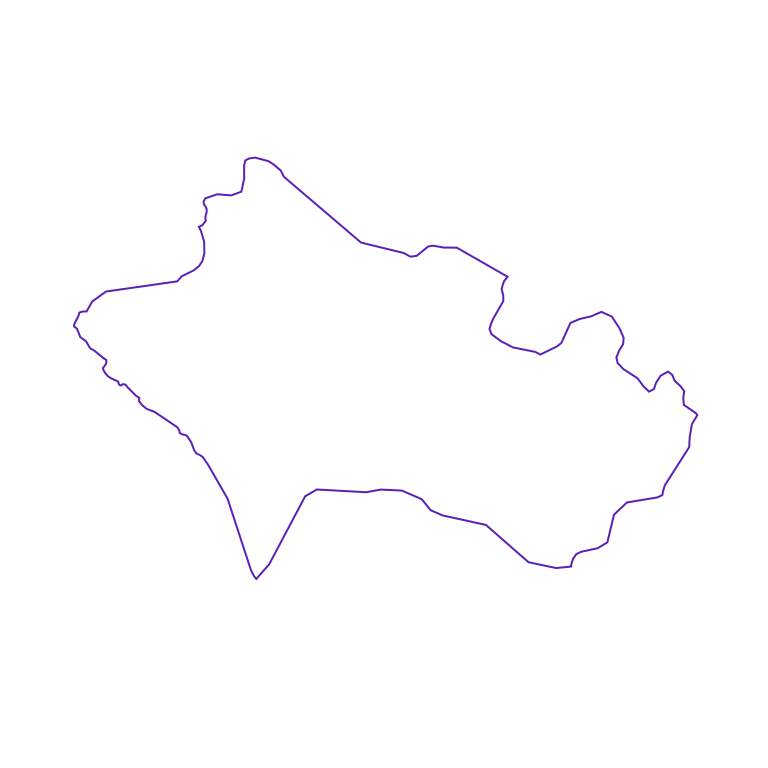 SVG path tracing the border of Lorestan, rotated 7°
{"feature_id": "IRN-3220", "entity_name": "Lorestan", "entity_type": "Province", "adm_level": 1, "iso_a3": "IRN", "parent_name": "Iran", "parent_adm1": "", "projection": "albers", "projection_center": [48.245, 33.479], "detail": "fine", "context": "isolated", "style": "outline", "palette": "violet", "viewbox_px": 768, "rotation_deg": 7, "n_neighbors": 0, "source": "natural_earth", "source_scale": "10m", "svg_char_len": 2143}
<svg xmlns="http://www.w3.org/2000/svg" viewBox="0 0 768 768"><g transform="rotate(7 384 384)"><path d="M698.8,376.7L694.5,386.3L693.9,399.2L694.6,409.5L675.1,450.3L674.1,455.9L673.8,460.3L669.0,463.3L639.5,472.0L628.2,485.7L625.0,514.0L616.0,521.0L600.1,526.5L595.6,529.5L593.0,534.3L591.8,540.1L591.9,542.4L577.3,545.7L549.2,543.3L502.4,511.5L458.1,507.3L445.7,503.6L435.4,493.7L414.7,487.6L393.5,489.2L379.5,493.6L330.2,496.9L319.4,505.1L292.0,577.0L281.0,593.0L278.5,590.7L274.6,584.9L242.7,516.9L219.4,485.8L212.9,478.5L210.0,477.0L206.2,475.8L203.7,472.9L199.8,465.4L195.1,459.8L192.9,458.8L190.0,458.6L187.4,457.7L186.3,454.8L184.2,452.2L159.8,439.7L151.4,437.6L146.4,434.4L142.8,430.7L142.8,427.6L139.3,425.9L129.5,418.2L128.6,417.1L127.5,416.2L126.0,415.9L124.6,416.1L123.6,417.2L122.5,417.5L121.1,416.9L120.5,415.8L120.2,414.7L119.9,414.0L112.4,411.6L108.9,409.8L106.3,407.5L103.7,404.3L103.2,402.3L105.5,398.2L105.8,395.8L105.1,393.7L103.0,392.9L92.3,386.1L88.1,384.5L83.0,377.9L76.9,374.5L72.5,366.5L69.4,364.7L69.2,362.8L72.4,353.7L73.0,350.1L76.4,348.7L79.9,348.3L84.4,337.6L96.8,326.1L166.3,307.3L170.2,301.7L181.3,294.4L186.0,289.5L188.7,284.2L189.8,276.6L188.2,264.9L183.7,254.4L181.1,250.7L184.5,248.3L187.3,243.7L186.6,241.9L186.4,239.3L187.0,234.9L186.7,232.1L185.7,230.2L184.4,228.8L183.2,227.2L182.7,224.9L184.0,221.5L195.4,216.0L209.4,215.4L219.0,210.5L220.2,197.2L218.5,184.3L219.1,179.0L222.9,176.5L228.6,175.0L242.1,176.9L247.0,179.2L255.4,184.6L259.5,190.6L343.9,246.4L387.6,251.6L394.9,254.4L400.8,252.8L411.1,242.1L416.2,240.7L426.7,241.3L439.6,239.8L493.6,262.5L490.5,267.6L489.1,275.3L491.6,281.7L492.3,287.1L484.6,305.5L483.0,310.7L482.0,316.5L484.6,321.4L494.7,327.2L507.8,332.0L530.1,333.7L535.6,335.7L551.3,325.5L555.1,321.5L561.6,300.7L570.3,295.6L581.2,291.7L591.0,285.9L601.9,289.3L610.7,299.7L616.2,308.8L616.5,315.2L613.4,322.0L611.4,329.1L613.3,334.7L619.9,340.1L634.9,347.4L641.7,354.5L648.0,359.3L652.6,356.1L653.8,349.9L657.5,342.1L664.4,337.1L668.9,339.7L672.1,345.3L678.6,350.1L682.9,354.5L682.7,361.4L684.2,368.2L697.0,374.9L698.8,376.7Z" fill="none" stroke="#5b21b6" stroke-width="2"/></g></svg>